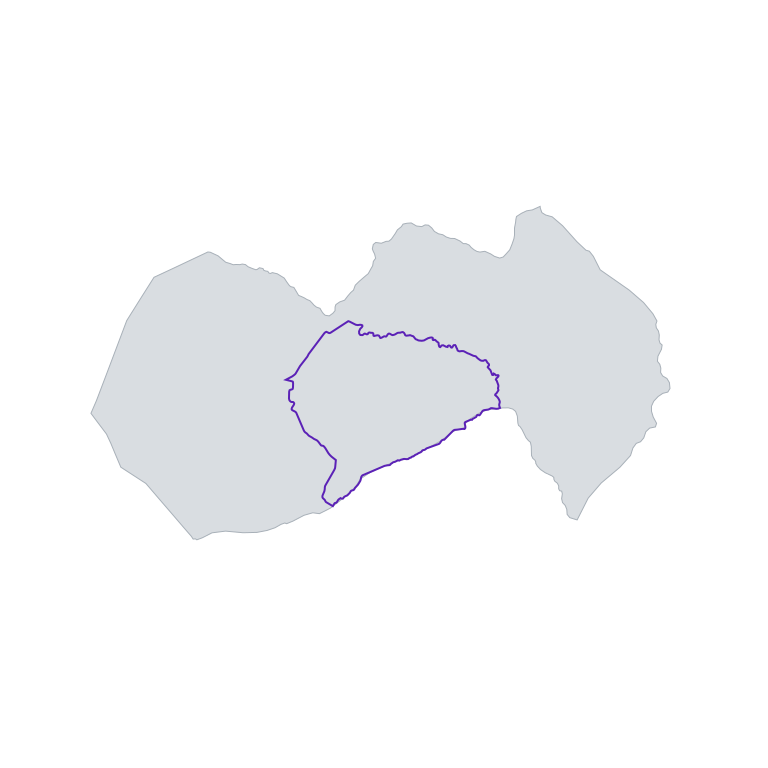 location of Presidente Hayes within Paraguay, rotated 303°
{"feature_id": "PRY-605", "entity_name": "Presidente Hayes", "entity_type": "Department", "adm_level": 1, "iso_a3": "PRY", "parent_name": "Paraguay", "parent_adm1": "", "projection": "mercator", "projection_center": [-58.464, -23.686], "detail": "fine", "context": "in_parent", "style": "outline", "palette": "violet", "viewbox_px": 768, "rotation_deg": 303, "n_neighbors": 0, "source": "natural_earth", "source_scale": "10m", "svg_char_len": 8292}
<svg xmlns="http://www.w3.org/2000/svg" viewBox="0 0 768 768"><g transform="rotate(303 384 384)"><path d="M399.9,184.9L401.2,189.3L401.9,192.6L403.7,194.9L405.6,198.1L407.4,199.8L408.7,202.8L408.3,206.1L409.1,210.5L410.0,214.2L410.9,215.2L413.6,216.2L414.9,219.6L413.9,221.3L414.3,223.2L415.2,225.2L414.4,227.0L414.8,228.5L416.6,229.7L418.3,234.5L418.5,242.6L416.6,246.9L415.2,250.5L414.8,252.6L415.9,255.8L414.1,259.5L411.8,264.1L412.4,267.3L412.8,270.2L412.9,273.4L413.5,276.4L412.8,279.5L412.0,282.3L411.7,285.5L412.6,289.1L410.9,292.4L410.0,294.8L409.6,297.2L411.3,301.0L415.5,302.6L418.8,303.0L422.0,301.0L424.4,300.4L428.8,302.2L432.8,305.3L438.0,305.7L442.6,306.3L446.1,307.3L451.2,306.1L456.6,307.3L462.8,309.1L468.0,310.7L473.1,310.3L477.0,310.1L481.0,308.3L484.9,308.5L487.9,305.3L489.5,302.6L491.0,300.6L495.2,299.0L498.2,300.0L500.6,305.1L504.8,308.1L506.4,310.3L509.6,311.3L516.4,311.5L520.6,311.3L525.4,312.9L528.5,312.9L531.3,315.7L533.9,319.1L534.2,325.2L536.6,330.0L539.8,331.8L541.4,334.8L540.9,339.0L539.4,343.2L539.6,347.8L541.2,352.0L541.2,356.2L542.3,360.4L544.5,364.0L545.3,369.8L544.9,374.0L546.4,376.4L546.9,379.8L546.0,382.6L545.6,386.4L545.8,389.8L546.9,392.6L550.2,396.3L551.2,402.7L551.2,407.1L552.6,412.4L555.4,414.8L559.8,415.6L565.0,416.4L571.2,415.2L576.7,413.8L579.9,412.4L585.9,408.5L591.3,406.3L594.0,404.9L596.6,403.9L602.0,406.3L606.9,409.3L610.8,413.6L618.0,418.2L616.6,419.3L613.7,423.1L613.8,427.6L615.8,434.0L614.0,447.6L608.4,468.3L606.2,480.5L607.2,483.9L605.1,490.0L597.5,503.1L597.2,511.9L596.3,538.5L593.7,557.3L589.4,571.2L585.5,578.6L582.0,579.5L579.4,581.8L577.9,585.3L575.0,588.2L570.8,590.6L568.6,593.2L568.2,596.0L564.2,597.8L556.5,598.6L552.0,600.9L550.7,604.6L548.1,607.5L544.3,609.7L542.5,613.3L542.7,618.3L540.6,622.6L536.0,626.3L531.8,626.4L528.0,622.9L522.8,620.7L516.4,619.6L511.0,620.4L506.7,623.3L502.9,627.8L499.5,634.0L495.8,635.0L491.7,630.8L486.6,629.6L480.3,631.2L475.3,630.6L471.6,627.9L465.9,627.6L458.3,629.7L442.7,627.2L419.3,620.1L399.5,617.4L375.2,620.0L373.1,612.6L374.4,608.6L378.4,605.6L380.8,602.2L381.8,598.3L384.6,595.4L389.0,593.4L390.9,591.4L390.2,589.4L391.2,587.6L393.7,586.0L395.2,583.5L395.5,580.2L396.5,578.5L398.2,577.2L398.4,574.9L397.4,567.7L397.5,561.8L398.7,557.2L400.2,554.4L401.3,553.7L402.3,552.1L402.7,549.3L404.3,546.7L412.0,541.4L414.9,538.5L415.2,535.9L416.3,532.4L420.9,524.7L422.4,521.2L422.5,519.4L424.1,517.6L429.7,513.3L432.7,509.3L433.1,505.6L431.8,501.4L428.7,496.7L418.8,484.9L411.1,479.5L401.2,475.1L394.8,473.6L391.7,475.2L388.5,474.0L385.3,470.0L379.9,466.8L368.6,463.4L342.8,449.6L332.4,443.0L329.0,438.9L319.3,431.6L303.5,421.0L291.4,415.9L283.0,416.2L269.4,413.1L250.8,406.7L240.1,400.5L237.2,394.4L230.3,388.4L219.4,382.3L213.8,378.4L213.4,376.5L210.1,374.0L204.1,370.9L197.5,365.7L190.3,358.2L182.5,346.8L174.3,331.2L165.5,320.8L156.1,315.4L151.4,311.9L151.4,310.1L150.0,308.4L151.3,305.5L154.7,293.7L159.7,276.7L164.8,259.2L170.9,238.5L170.9,223.9L170.9,208.6L179.5,195.9L185.6,187.0L190.9,178.5L196.2,163.9L199.8,154.2L213.4,151.9L236.6,146.9L248.1,144.4L272.4,139.1L297.1,133.7L323.1,133.3L348.2,133.0L367.6,145.1L382.5,154.3L398.8,164.4L399.9,166.6L401.1,175.1L399.9,184.9Z" fill="#d9dde1" stroke="#a8b0b8" stroke-width="1"/><path d="M259.2,408.8L258.6,408.7L257.5,407.7L257.0,407.5L253.7,407.6L253.4,399.8L253.5,399.4L253.6,399.0L254.4,397.7L254.6,397.0L255.0,394.9L255.3,394.3L255.8,393.8L256.7,393.3L257.5,393.1L261.5,392.4L263.5,391.6L265.2,390.6L266.0,390.3L266.7,390.1L284.7,389.1L286.7,388.8L288.0,388.2L293.5,385.3L294.0,385.0L294.0,384.9L294.5,379.5L295.0,377.1L295.7,375.0L298.2,369.8L298.8,368.1L299.0,367.1L298.9,366.4L298.4,365.3L298.3,364.9L298.3,364.5L299.8,360.4L300.1,359.1L300.2,358.1L299.8,355.2L299.9,352.5L299.7,349.4L299.8,348.7L300.3,346.8L300.5,346.0L300.5,344.5L300.7,343.5L301.2,342.3L312.0,326.2L312.3,325.5L312.4,324.5L312.4,324.3L312.1,321.5L312.2,320.8L312.5,320.3L313.3,319.9L314.2,319.7L317.4,319.7L318.3,319.5L318.9,319.2L319.3,318.4L319.4,317.9L319.3,317.5L318.5,316.1L318.4,315.6L318.4,315.2L318.5,314.6L318.6,314.2L318.9,313.5L319.4,312.9L320.1,312.2L325.8,308.7L326.6,308.4L327.4,308.2L327.9,308.5L328.4,308.8L328.9,309.4L329.3,309.7L329.8,309.9L330.2,310.1L330.5,310.0L331.8,309.4L335.2,307.3L336.1,306.5L336.3,306.2L336.1,305.3L334.1,299.4L340.4,302.9L342.5,303.7L343.8,304.1L344.7,304.2L353.3,303.8L365.2,304.8L368.1,304.5L394.2,306.3L395.6,306.7L396.4,307.3L396.8,310.2L397.2,310.8L398.0,311.3L417.2,319.8L417.6,321.2L418.3,328.0L419.1,329.9L420.5,331.5L421.1,332.5L421.4,333.8L420.8,334.4L419.6,334.5L417.2,334.0L414.6,334.4L412.8,335.7L412.2,337.5L413.4,339.4L413.9,339.6L415.2,340.0L415.7,340.3L416.0,340.9L416.2,342.3L416.6,342.9L417.1,343.2L418.4,343.1L418.9,343.4L419.3,343.8L419.5,344.2L419.8,345.2L420.4,346.0L420.6,346.5L420.6,347.3L420.1,347.9L419.3,348.4L418.8,349.0L418.9,349.6L420.7,351.3L421.5,352.3L421.8,353.5L420.6,355.9L421.4,356.7L423.9,358.0L424.4,358.7L424.8,359.8L425.6,360.1L427.8,360.1L428.9,360.6L429.3,361.4L429.4,362.4L429.4,363.6L429.7,364.6L430.6,365.5L431.7,366.3L433.8,367.3L434.2,367.5L434.7,368.0L436.0,369.8L436.6,370.2L437.6,371.2L437.8,371.5L437.8,372.8L437.7,373.2L437.4,373.8L436.9,374.6L436.6,375.0L436.5,375.4L436.6,376.3L437.0,376.9L437.9,377.8L438.3,378.5L439.1,379.1L439.2,379.4L439.3,379.9L439.7,381.7L439.9,382.3L439.9,382.8L439.7,383.4L439.5,384.1L439.1,385.2L438.9,385.9L438.9,386.6L439.2,387.9L439.2,388.6L439.4,389.4L440.8,392.1L442.3,393.8L446.4,396.0L448.1,397.5L448.9,398.5L449.1,399.0L449.2,399.6L448.8,400.2L447.8,400.6L447.6,401.0L447.8,401.6L448.2,402.1L448.7,402.4L448.8,402.7L448.8,403.2L448.4,405.0L448.3,406.9L448.1,407.5L446.8,408.4L446.6,408.6L446.4,408.9L446.0,409.3L445.5,409.9L445.4,410.6L445.6,411.1L446.3,411.2L447.1,411.2L447.6,411.3L448.7,412.5L448.9,414.0L449.0,415.6L449.6,417.1L450.7,416.8L451.6,417.4L452.0,418.4L451.7,419.4L451.3,419.9L451.2,420.6L451.5,421.1L452.0,421.3L454.0,421.2L454.5,421.3L455.4,422.5L454.9,423.7L453.9,424.9L453.5,425.9L452.5,427.1L452.3,427.4L452.2,427.6L452.2,428.0L452.3,428.8L452.4,429.3L452.7,429.8L453.7,430.9L454.2,431.6L454.8,432.7L455.0,433.5L455.3,437.3L455.7,439.1L456.3,443.4L456.6,444.3L457.2,445.8L457.1,446.4L456.6,448.4L456.4,450.9L456.4,452.1L456.6,453.0L457.0,453.7L457.4,454.5L458.2,455.0L459.1,455.7L459.4,456.7L458.2,459.2L458.0,460.3L457.7,461.3L456.8,461.9L456.2,461.9L455.7,461.7L455.2,461.6L454.5,461.9L454.4,462.3L453.5,465.8L450.6,469.8L450.7,470.2L451.1,470.7L451.6,470.8L452.1,470.5L452.5,470.4L452.6,471.4L452.5,472.1L452.3,472.6L452.3,473.2L452.8,473.9L453.4,474.6L453.6,475.1L453.4,475.5L452.6,475.8L451.4,475.6L449.9,475.2L448.6,475.4L448.1,476.8L445.4,480.4L444.8,480.9L444.1,481.3L443.5,481.6L442.9,481.7L442.4,482.0L441.4,483.1L441.0,483.4L439.2,483.4L437.6,483.4L436.0,483.0L435.3,483.2L435.1,484.0L434.9,485.6L434.4,487.3L433.6,488.9L432.8,490.1L432.0,490.9L431.3,491.2L429.7,491.7L428.9,492.2L428.3,492.8L427.1,494.3L425.4,493.1L424.3,491.6L422.5,487.6L421.9,486.8L420.1,485.9L419.3,485.3L416.8,482.4L416.0,481.7L414.9,481.3L410.5,481.3L409.7,481.0L409.4,480.4L409.2,479.7L408.8,479.2L408.3,479.1L407.1,479.2L406.5,479.2L402.6,477.2L401.9,477.3L401.4,476.3L396.4,472.9L395.3,472.9L394.4,473.6L392.9,475.2L392.2,475.7L391.5,476.1L390.9,476.2L390.1,476.0L389.8,475.6L389.7,475.1L389.3,474.5L385.8,470.5L384.4,468.7L383.8,468.0L382.5,467.4L370.2,464.9L369.9,464.7L369.8,464.2L369.4,463.9L369.0,463.7L368.6,463.4L367.8,463.1L365.0,463.1L363.8,462.8L353.1,454.7L351.4,454.2L350.8,453.8L349.7,452.7L349.2,452.4L348.8,452.3L347.8,452.3L346.7,451.9L344.6,450.5L343.3,450.0L341.7,448.9L339.4,448.1L338.9,447.7L338.6,447.3L338.1,447.0L337.3,446.8L336.8,446.6L336.0,445.8L334.2,445.1L333.3,443.9L332.2,441.8L331.7,441.2L329.5,439.3L328.1,438.6L327.9,438.2L327.8,437.6L327.6,437.2L327.3,436.9L326.1,436.4L324.8,435.6L324.2,435.1L323.6,434.5L323.1,434.2L322.1,433.9L321.2,433.4L319.8,433.2L319.2,433.0L318.8,432.6L317.8,431.3L315.7,429.1L295.7,415.7L294.7,415.5L293.5,415.6L290.9,416.6L289.6,416.9L285.4,417.0L281.1,416.3L279.3,416.4L278.8,416.3L278.2,416.0L277.1,415.0L276.5,414.6L276.0,414.5L274.0,414.6L270.6,413.9L268.7,412.6L267.7,412.1L265.7,412.0L265.4,411.9L264.5,410.0L264.5,409.6L263.9,409.5L263.0,409.0L262.4,408.8L261.7,408.7L259.2,408.8Z" fill="none" stroke="#5b21b6" stroke-width="2"/></g></svg>